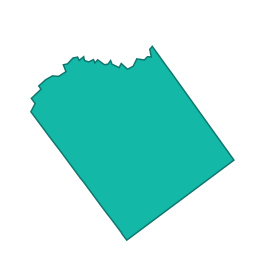 Ashley, Arkansas, United States of America, rotated 53°
{"feature_id": "52423323B23715920537836", "entity_name": "Ashley", "entity_type": "district", "adm_level": 2, "iso_a3": "USA", "parent_name": "United States of America", "parent_adm1": "Arkansas", "projection": "equal_earth", "projection_center": [-91.919, 33.202], "detail": "fine", "context": "isolated", "style": "filled", "palette": "teal", "viewbox_px": 256, "rotation_deg": 53, "n_neighbors": 0, "source": "geoboundaries", "source_scale": "gbopen_adm2", "svg_char_len": 767}
<svg xmlns="http://www.w3.org/2000/svg" viewBox="0 0 256 256"><g transform="rotate(53 128 128)"><path d="M56.6,195.8L87.4,196.0L87.9,196.0L107.6,195.9L139.3,196.2L144.4,196.0L172.8,196.3L173.1,196.3L175.4,196.3L177.7,196.3L185.4,196.3L187.4,196.2L190.7,196.2L206.4,196.2L209.2,196.5L216.8,196.5L217.4,62.7L178.3,61.8L108.3,60.1L103.5,60.1L77.4,59.5L78.3,63.3L85.3,66.6L82.8,69.6L83.5,74.0L78.1,79.4L81.8,86.6L80.8,93.0L72.4,94.6L74.5,98.7L67.4,102.4L63.7,101.3L65.0,105.6L63.2,108.8L55.3,111.2L56.1,115.3L52.6,114.4L51.6,119.6L47.9,122.2L44.4,120.5L44.6,126.3L41.0,125.6L39.0,129.9L40.4,137.8L38.6,141.6L45.7,143.6L45.0,152.4L40.9,157.0L39.9,164.8L40.7,174.0L44.7,174.1L46.2,187.4L52.5,187.4L56.6,195.8Z" fill="#14b8a6" stroke="#0f766e" stroke-width="1.5"/></g></svg>